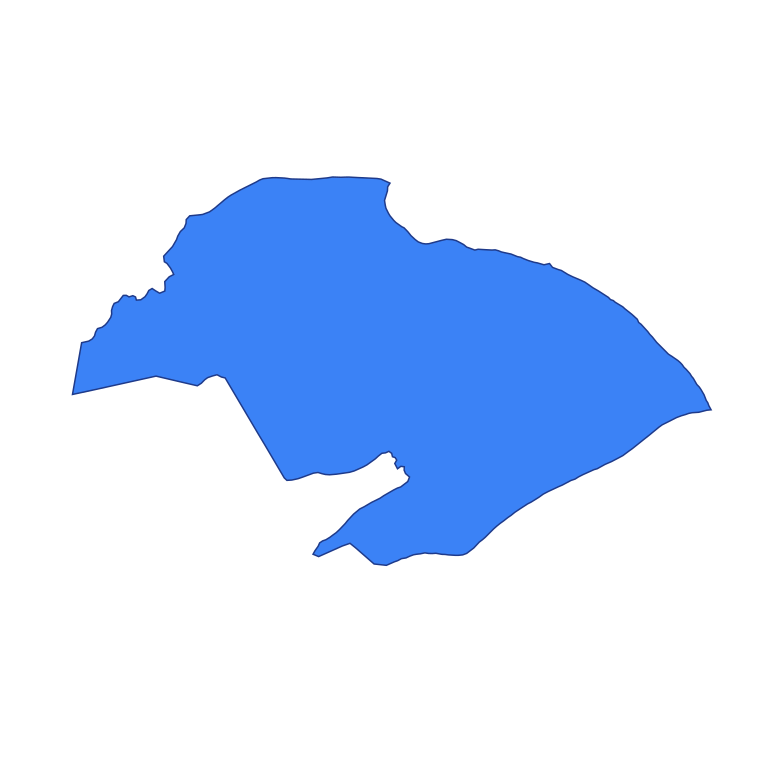 Limoeiro do Ajuru, Pará, Brazil (Equal Earth projection), rotated 43°
{"feature_id": "56859067B66751862991607", "entity_name": "Limoeiro do Ajuru", "entity_type": "district", "adm_level": 2, "iso_a3": "BRA", "parent_name": "Brazil", "parent_adm1": "Pará", "projection": "equal_earth", "projection_center": [-49.456, -1.886], "detail": "fine", "context": "isolated", "style": "filled", "palette": "blue", "viewbox_px": 768, "rotation_deg": 43, "n_neighbors": 0, "source": "geoboundaries", "source_scale": "gbopen_adm2", "svg_char_len": 3734}
<svg xmlns="http://www.w3.org/2000/svg" viewBox="0 0 768 768"><g transform="rotate(43 384 384)"><path d="M509.4,515.0L512.9,506.9L514.5,503.9L515.9,499.8L518.7,496.2L520.3,492.3L522.1,488.7L524.0,486.2L526.4,483.4L529.1,479.6L532.2,477.5L534.9,475.1L537.4,472.4L542.5,469.1L544.9,467.0L547.6,465.1L553.2,460.5L555.3,458.5L558.1,455.3L560.0,451.5L561.5,442.7L561.5,434.6L562.2,430.7L562.6,426.8L563.0,415.2L563.4,411.0L564.0,406.7L564.8,402.8L565.7,397.0L566.5,393.5L567.2,388.6L568.6,382.6L570.8,373.7L572.1,370.2L574.5,361.3L575.6,355.8L577.4,350.7L581.7,340.0L583.3,336.4L586.5,327.1L588.6,323.2L589.6,319.3L591.4,314.4L596.0,303.4L597.7,300.6L600.5,292.0L603.3,285.6L605.9,278.2L607.5,273.5L608.8,266.4L609.7,261.9L611.9,246.9L612.9,240.4L614.5,228.2L615.3,224.1L620.9,208.9L623.2,204.3L625.4,200.6L626.9,197.7L628.9,194.9L633.5,190.0L638.0,183.0L640.8,179.8L636.3,178.3L633.6,176.9L631.0,176.3L625.4,173.6L619.7,171.9L616.7,171.2L613.1,171.0L606.3,168.9L603.7,168.6L600.9,167.8L595.0,167.2L592.1,167.2L588.9,166.5L586.1,166.3L583.0,166.4L576.1,167.4L571.7,168.2L555.0,167.6L548.3,166.6L544.4,166.4L541.2,165.8L531.3,165.0L528.3,165.3L525.1,163.9L517.9,164.0L508.9,164.7L506.1,164.7L497.4,166.5L494.8,166.6L492.1,167.8L489.1,167.6L477.4,169.7L471.3,171.1L467.7,171.6L461.5,172.5L457.4,173.8L448.9,176.9L443.7,178.5L436.3,180.0L433.3,181.5L427.7,183.8L422.9,183.0L419.7,187.7L413.6,190.8L410.8,192.6L405.3,195.3L400.2,197.3L397.5,198.1L394.8,199.8L388.3,202.3L382.3,205.9L379.7,207.4L377.0,208.4L373.9,210.0L371.5,212.5L366.6,216.6L360.9,221.3L359.1,224.1L354.0,226.2L351.1,227.5L347.2,227.7L343.3,228.7L339.0,229.9L335.5,231.8L330.9,235.6L328.2,239.6L321.2,250.7L319.1,253.0L316.3,255.0L312.2,256.7L308.2,257.1L302.4,257.1L297.7,256.4L292.2,256.1L289.6,256.9L282.5,257.8L279.5,257.7L273.6,256.9L270.8,256.1L265.5,254.1L262.9,252.3L259.2,249.4L254.8,240.4L252.2,237.3L251.4,233.0L242.1,236.2L238.7,238.5L227.2,248.2L225.0,250.1L217.1,256.7L214.5,259.2L211.5,262.2L205.2,267.7L201.9,272.0L191.5,283.8L188.0,286.9L179.5,294.5L176.0,297.6L173.2,299.5L170.6,301.4L164.3,306.7L161.6,309.3L155.5,316.4L153.9,319.7L152.8,323.4L146.5,340.2L143.3,350.1L142.4,353.8L141.7,358.3L140.2,371.1L139.0,377.1L135.7,383.7L133.8,386.0L127.2,393.5L127.2,398.6L129.7,401.6L131.4,406.0L131.1,411.4L132.3,416.5L133.8,419.9L135.6,427.7L135.7,440.8L140.0,444.4L143.0,443.8L148.6,444.8L152.6,446.1L155.5,447.3L153.8,452.1L153.8,458.6L158.1,462.7L160.3,465.5L158.0,470.6L153.6,471.6L149.3,472.3L148.2,476.0L149.2,479.6L149.7,483.2L148.7,488.3L145.7,491.5L142.9,489.8L140.1,490.7L138.1,494.2L135.1,494.9L132.9,497.0L133.6,505.0L131.7,509.1L132.7,512.4L134.6,516.1L137.1,518.5L138.7,521.6L139.7,527.3L139.8,530.9L139.1,534.8L136.7,538.9L137.7,542.8L139.5,546.3L139.9,550.0L138.8,554.0L134.7,560.0L163.3,604.1L175.5,586.6L211.9,533.7L232.4,522.0L248.7,512.6L249.9,508.0L250.0,503.1L250.7,499.6L253.2,494.9L255.6,491.1L260.3,489.8L263.7,487.9L325.1,506.0L339.0,510.0L375.1,520.7L378.7,520.7L382.1,517.1L385.7,511.9L388.2,507.2L393.2,497.3L396.1,493.7L399.8,491.9L402.9,490.1L406.1,487.5L410.7,482.4L413.3,479.2L419.0,472.1L421.5,467.9L425.3,458.9L426.7,454.7L428.7,444.6L429.0,440.6L429.7,436.1L432.1,433.3L433.5,429.9L436.9,429.5L439.8,431.4L442.4,430.2L445.2,431.0L446.1,434.8L451.7,436.8L452.5,432.7L455.3,430.7L457.5,433.3L460.8,434.8L466.1,434.6L467.9,439.1L467.2,443.3L466.4,448.0L464.8,450.9L463.3,455.0L460.0,465.8L459.0,470.2L455.7,478.9L453.1,487.6L451.5,491.9L450.5,499.8L450.5,508.5L450.8,512.4L450.7,520.9L450.4,525.4L449.6,529.4L449.0,532.9L447.7,537.6L446.1,540.6L445.3,544.1L446.5,547.6L447.2,552.9L448.2,556.9L453.9,554.8L464.1,530.7L467.8,523.7L474.8,523.2L499.5,522.4L509.4,515.0Z" fill="#3b82f6" stroke="#1e3a8a" stroke-width="1.5"/></g></svg>